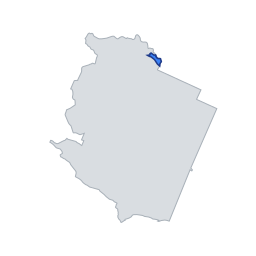 At Tina, Western Darfur, Sudan (highlighted), rotated 115°
{"feature_id": "16777658B29691256653968", "entity_name": "At Tina", "entity_type": "district", "adm_level": 2, "iso_a3": "SDN", "parent_name": "Sudan", "parent_adm1": "Western Darfur", "projection": "orthographic", "projection_center": [23.027, 15.059], "detail": "medium", "context": "in_parent", "style": "filled", "palette": "blue", "viewbox_px": 256, "rotation_deg": 115, "n_neighbors": 0, "source": "geoboundaries", "source_scale": "gbopen_adm2", "svg_char_len": 4655}
<svg xmlns="http://www.w3.org/2000/svg" viewBox="0 0 256 256"><g transform="rotate(115 128 128)"><path d="M173.9,192.8L171.9,192.9L171.7,192.4L171.6,191.1L171.8,190.1L172.5,188.4L172.3,187.6L172.4,186.3L171.8,184.9L166.8,181.0L165.8,179.9L163.2,179.0L163.6,177.8L162.2,169.4L162.7,168.4L162.8,166.9L162.8,165.6L163.3,163.5L163.4,162.5L158.2,162.7L158.2,163.6L158.4,164.7L158.4,165.1L151.3,165.4L154.3,168.6L154.4,170.1L154.3,171.9L154.4,173.0L154.6,173.8L155.4,175.2L155.4,175.5L155.2,175.9L150.2,180.5L149.4,182.6L148.8,183.7L147.3,185.5L142.8,190.4L142.0,190.8L138.4,191.1L138.1,191.2L137.8,191.4L137.6,191.4L134.5,188.7L129.3,185.6L125.9,187.4L125.0,188.1L125.0,189.7L124.5,190.5L123.6,191.4L121.1,192.0L119.8,192.6L118.2,193.5L116.7,195.1L116.6,195.8L116.8,196.5L108.0,196.7L107.4,196.2L106.1,193.7L105.2,193.9L97.3,193.8L96.1,194.0L93.8,195.1L92.7,195.3L91.5,194.8L87.2,190.0L86.3,189.4L85.4,188.3L84.5,187.8L84.2,187.4L84.1,186.9L84.1,185.8L83.8,185.1L83.1,185.0L77.5,186.2L76.7,186.1L75.5,186.3L75.1,186.5L74.6,187.1L74.5,188.5L74.4,189.2L74.0,189.9L72.4,191.6L72.0,192.3L72.1,194.1L72.0,195.1L71.7,195.5L71.0,196.2L70.8,196.6L70.5,199.0L69.6,200.4L69.4,200.9L69.4,201.9L69.3,202.2L66.7,203.0L65.7,203.6L65.2,204.4L65.0,204.7L63.9,204.4L62.5,204.2L59.8,204.0L58.8,203.6L58.3,203.1L58.4,201.6L58.1,201.3L57.7,201.1L57.4,200.5L57.5,199.7L58.9,198.1L59.2,197.2L59.5,193.1L59.4,191.8L58.3,189.5L55.7,185.5L55.1,184.8L51.9,181.5L51.5,181.0L50.8,179.6L51.6,176.6L51.7,175.7L51.5,174.9L50.7,174.2L49.9,174.1L49.0,173.3L48.4,172.9L47.8,172.2L47.4,171.2L47.7,167.6L47.5,167.2L46.7,167.0L46.5,166.8L46.6,166.1L46.1,164.0L45.6,162.3L45.9,161.4L45.2,160.1L43.9,159.6L41.4,160.0L40.6,159.9L40.1,159.7L39.7,159.2L39.5,158.6L39.7,157.8L40.4,156.3L41.3,155.0L43.1,153.9L43.6,153.3L43.9,152.6L44.0,151.9L43.8,151.0L43.6,150.3L43.1,149.3L42.6,148.1L42.6,147.4L42.8,146.8L43.3,146.1L45.1,144.8L47.0,143.7L47.3,143.3L47.2,142.9L46.3,142.0L46.1,140.2L45.6,139.0L46.5,138.0L47.2,137.7L48.3,137.4L48.7,137.1L48.9,136.3L48.8,135.6L49.2,135.1L49.8,134.0L50.2,133.5L51.6,132.1L51.9,131.3L52.0,130.5L51.6,128.0L52.4,126.9L53.4,126.1L54.9,126.1L57.3,125.9L58.8,125.6L59.9,125.6L62.5,126.1L62.8,125.8L62.9,125.2L62.6,78.0L73.0,78.0L73.1,77.9L72.9,55.7L137.3,54.2L137.8,54.1L138.7,52.0L139.1,51.9L139.8,52.0L140.0,52.4L139.6,54.1L195.0,51.3L195.3,53.8L195.9,55.8L197.7,58.6L199.2,60.1L199.8,60.9L199.8,61.3L199.8,61.7L199.4,61.3L198.7,61.0L198.7,62.4L199.3,65.1L200.0,67.0L199.7,68.9L200.0,71.9L201.1,75.5L201.1,77.9L202.7,83.3L204.1,86.2L204.8,86.9L205.5,87.3L206.9,87.4L209.0,88.8L210.6,90.4L211.3,91.2L212.1,92.1L212.6,91.9L212.9,91.6L213.5,92.3L216.1,93.8L216.5,94.5L215.7,95.3L214.8,96.6L214.4,97.9L214.1,98.3L213.4,99.1L213.2,99.4L212.9,99.7L212.5,99.7L211.7,100.2L210.9,100.1L210.2,100.4L209.9,100.7L209.3,101.0L208.5,101.2L207.3,102.3L206.2,102.8L205.8,103.3L205.4,105.3L205.0,105.9L203.3,106.0L202.5,106.3L201.4,106.1L200.8,106.2L200.7,106.6L200.6,108.3L200.7,109.1L199.9,111.1L200.4,114.8L199.7,117.6L199.6,118.2L198.8,120.4L198.4,121.3L197.4,125.4L197.1,126.7L196.1,128.1L197.7,137.8L197.1,140.9L197.2,142.5L196.7,144.9L196.3,146.1L195.6,147.5L195.0,149.0L194.6,151.0L194.4,154.8L194.2,155.2L191.2,155.8L190.3,156.2L189.6,156.6L188.9,157.6L187.5,160.4L186.7,162.0L185.5,164.3L184.1,166.0L183.8,166.7L183.6,168.2L183.2,170.5L182.7,172.1L182.9,173.4L182.5,175.6L182.6,176.7L182.1,177.3L181.4,177.9L180.9,178.1L178.7,176.7L177.2,177.8L176.3,179.3L175.7,180.8L176.2,183.9L176.2,184.6L176.0,185.3L174.7,188.4L174.3,189.8L173.9,192.2L173.9,192.8Z" fill="#d9dde1" stroke="#a8b0b8" stroke-width="1"/><path d="M53.9,141.1L54.0,140.2L54.0,139.4L54.0,138.4L53.8,137.1L53.9,136.5L54.1,135.9L54.6,133.7L54.7,133.3L55.0,132.6L55.3,132.0L55.8,131.3L57.6,128.4L58.4,125.8L58.5,125.4L58.2,125.5L57.8,125.6L57.5,125.7L57.4,125.8L57.2,125.9L57.1,126.0L56.9,126.0L56.7,126.1L56.4,126.1L56.2,126.2L55.9,126.2L55.7,126.1L55.3,126.1L55.1,126.1L54.8,126.0L54.7,126.0L54.5,125.9L54.3,126.0L54.2,126.0L54.0,125.9L53.9,125.9L53.7,125.9L53.5,126.0L53.4,126.0L53.2,126.3L52.9,126.6L52.7,126.8L52.6,127.0L52.3,127.3L52.1,127.4L51.8,127.5L51.7,127.5L51.5,127.8L51.5,128.1L51.5,128.5L51.7,128.8L51.8,128.9L51.9,129.0L52.0,129.1L52.1,129.3L52.2,129.5L52.2,129.8L52.3,130.2L52.3,130.3L52.3,130.5L52.2,130.7L52.2,130.8L52.3,130.8L52.2,131.1L52.3,131.1L52.3,131.3L52.2,131.5L52.1,131.8L51.7,132.0L51.5,132.4L51.6,132.6L51.6,132.8L51.4,133.0L51.2,132.9L51.0,133.0L50.9,133.0L50.8,133.3L50.6,133.4L50.5,133.5L50.4,133.5L50.2,133.7L50.1,133.8L50.1,134.0L50.5,134.6L51.0,135.1L50.6,137.3L50.3,138.8L51.3,139.5L52.4,139.0L53.5,140.5L53.9,141.1Z" fill="#3b82f6" stroke="#1e3a8a" stroke-width="1.5"/></g></svg>